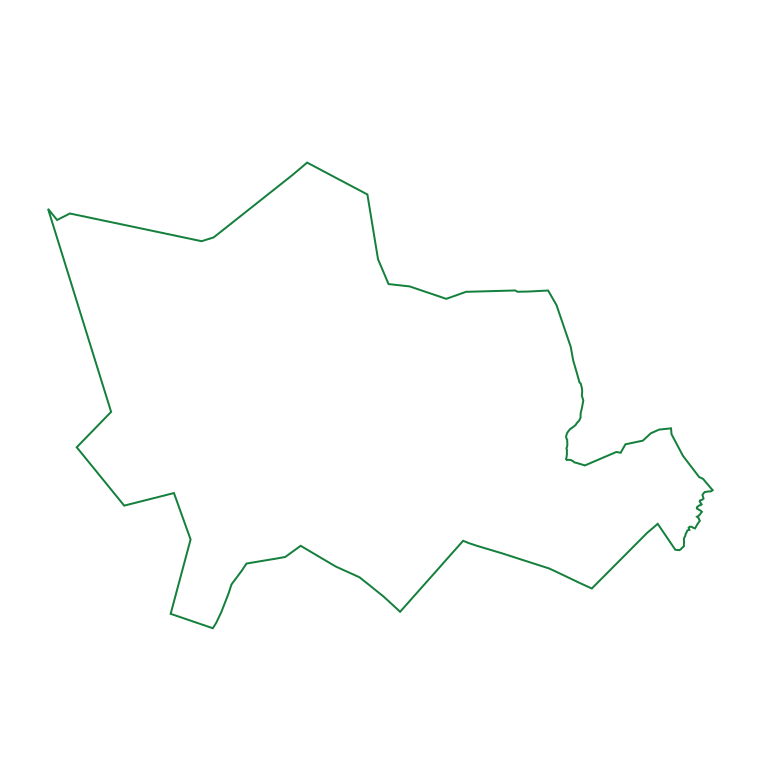 the district of La Reforma, Oaxaca, Mexico, rotated 84°
{"feature_id": "50627088B69008234776647", "entity_name": "La Reforma", "entity_type": "district", "adm_level": 2, "iso_a3": "MEX", "parent_name": "Mexico", "parent_adm1": "Oaxaca", "projection": "mercator", "projection_center": [-97.837, 16.66], "detail": "fine", "context": "isolated", "style": "outline", "palette": "green", "viewbox_px": 768, "rotation_deg": 84, "n_neighbors": 0, "source": "geoboundaries", "source_scale": "gbopen_adm2", "svg_char_len": 2340}
<svg xmlns="http://www.w3.org/2000/svg" viewBox="0 0 768 768"><g transform="rotate(84 384 384)"><path d="M414.8,696.2L477.8,655.1L470.5,604.3L518.4,592.6L563.4,609.9L590.3,620.2L609.0,579.8L604.1,575.9L593.6,569.5L588.9,567.1L575.5,560.2L567.7,556.8L565.9,555.3L562.3,551.9L554.4,544.6L554.1,544.4L548.2,539.5L547.4,526.6L546.8,516.9L546.4,509.9L545.7,500.3L536.2,483.8L560.4,451.2L573.8,428.4L578.3,423.9L579.9,422.2L595.6,406.4L612.2,391.8L608.1,387.3L604.4,383.2L600.6,379.1L573.7,349.6L569.0,344.5L548.2,321.7L551.1,316.3L554.8,308.1L564.4,285.1L584.7,239.1L589.0,231.9L602.8,209.4L609.1,198.7L559.6,137.9L551.7,126.4L579.3,111.6L579.8,109.4L580.1,107.6L579.2,105.8L578.4,105.1L577.7,104.0L576.7,102.7L574.1,102.4L573.1,102.1L571.7,102.1L570.0,102.0L568.5,101.6L566.6,100.3L564.5,99.6L563.1,98.5L561.5,97.8L561.2,96.8L561.0,95.5L558.9,96.1L557.9,94.9L558.2,92.9L559.2,91.7L560.1,89.8L558.5,88.6L556.5,87.2L554.9,85.9L553.1,84.2L551.8,84.7L550.4,85.0L548.7,86.6L547.8,84.6L546.6,83.3L545.2,82.1L544.4,81.2L543.1,82.3L542.3,83.4L541.5,84.6L540.6,85.8L539.3,85.7L538.3,84.2L537.6,82.9L537.6,81.7L536.9,80.7L535.9,81.2L533.9,82.3L532.9,82.0L532.5,80.0L531.4,78.2L527.6,78.9L526.2,77.7L525.0,76.4L524.8,72.8L525.0,70.3L523.9,68.2L522.4,69.4L511.7,76.6L509.5,80.3L486.7,94.2L468.5,101.5L464.0,103.3L458.1,103.2L458.1,115.2L460.9,123.8L467.4,132.5L469.2,150.2L477.1,155.8L475.9,160.1L486.0,192.8L485.6,193.5L484.6,196.0L482.8,200.2L481.8,203.0L480.6,203.9L480.0,204.9L479.1,206.2L478.8,207.7L478.6,209.0L478.7,210.1L477.8,210.8L476.2,210.2L474.5,209.8L472.9,209.4L470.1,209.2L468.8,208.9L467.0,209.3L465.4,208.4L462.9,207.9L461.4,207.8L460.4,207.9L458.9,207.6L458.4,207.8L457.1,208.3L455.2,208.4L452.0,207.1L450.5,205.8L448.3,203.6L446.5,200.3L445.6,198.9L444.8,197.7L443.2,196.5L442.1,195.3L441.6,194.5L439.9,193.1L437.8,192.0L434.5,191.6L433.1,191.3L429.0,189.8L422.2,187.8L421.2,187.5L416.2,188.5L414.5,188.1L412.3,187.7L409.0,187.6L405.6,188.1L404.2,188.3L402.9,189.4L393.5,191.0L389.0,191.8L386.3,192.3L382.4,193.0L380.1,193.4L366.6,194.4L323.6,204.2L308.2,211.0L307.1,231.3L306.2,241.7L304.7,243.7L300.9,292.8L305.8,313.2L289.6,348.4L285.1,369.0L259.3,376.9L193.8,380.7L155.8,437.3L166.9,453.7L220.4,538.1L222.9,550.5L181.6,678.6L186.7,692.0L174.7,699.8L383.2,658.3L414.8,696.2Z" fill="none" stroke="#15803d" stroke-width="2"/></g></svg>